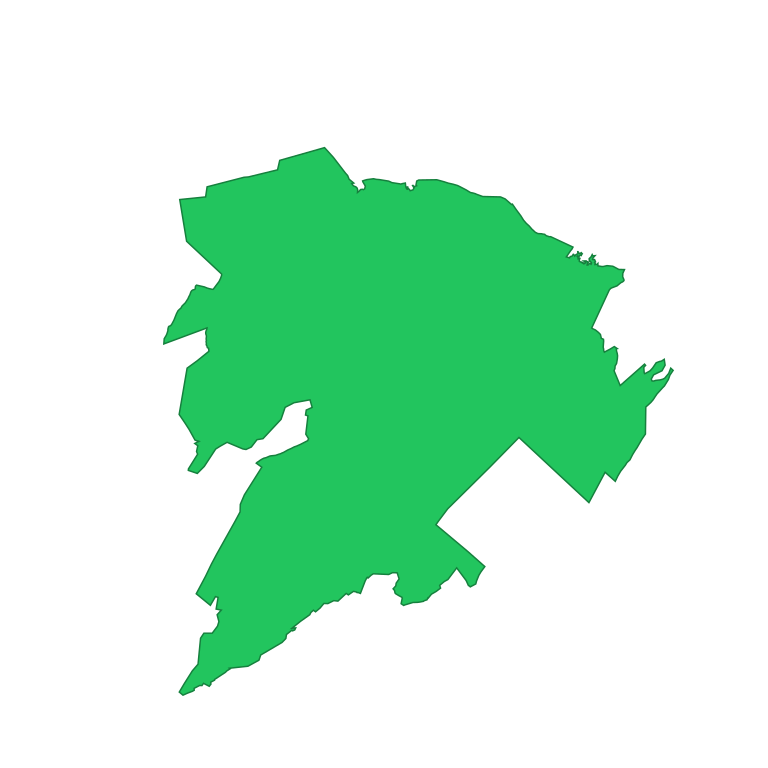 San Lucas Ojitlán, Oaxaca, Mexico, rotated 74°
{"feature_id": "50627088B65217892760777", "entity_name": "San Lucas Ojitlán", "entity_type": "district", "adm_level": 2, "iso_a3": "MEX", "parent_name": "Mexico", "parent_adm1": "Oaxaca", "projection": "robinson", "projection_center": [-96.36, 18.035], "detail": "fine", "context": "isolated", "style": "filled", "palette": "green", "viewbox_px": 768, "rotation_deg": 74, "n_neighbors": 0, "source": "geoboundaries", "source_scale": "gbopen_adm2", "svg_char_len": 6158}
<svg xmlns="http://www.w3.org/2000/svg" viewBox="0 0 768 768"><g transform="rotate(74 384 384)"><path d="M623.7,665.7L627.7,663.0L627.0,658.1L626.6,653.0L626.1,650.9L624.2,650.4L623.0,644.4L623.7,642.1L622.0,640.0L626.4,635.3L624.8,633.1L622.9,632.8L622.0,628.5L621.3,628.3L617.4,615.8L616.5,614.3L615.4,610.5L614.6,611.0L617.8,592.6L615.0,580.3L610.5,577.2L604.3,553.2L601.6,548.5L597.9,546.8L595.3,540.4L596.1,539.9L595.8,537.6L594.1,536.1L593.4,539.8L589.2,529.9L585.3,518.9L583.5,517.3L582.0,514.2L584.1,512.6L581.8,507.3L578.4,502.3L579.6,498.5L578.4,492.0L580.0,488.1L574.9,478.1L576.9,476.4L574.9,470.5L576.4,467.7L577.0,467.5L577.5,466.1L578.8,464.4L568.3,456.5L565.6,454.0L565.2,453.4L566.1,452.8L564.2,449.0L563.5,446.6L568.4,432.0L567.7,427.9L569.1,423.4L575.5,423.2L578.8,427.2L581.3,428.3L583.4,431.7L585.4,430.8L587.9,431.0L588.7,430.7L591.3,428.3L593.9,425.6L594.9,425.5L599.9,428.1L602.3,426.1L602.1,425.0L602.0,416.4L603.1,412.1L603.5,409.5L603.8,405.9L603.4,405.1L603.3,402.2L601.7,400.7L602.0,400.5L599.1,396.3L597.8,391.1L595.8,385.9L592.9,386.0L590.5,380.5L589.6,376.5L580.8,364.8L595.6,359.2L601.0,358.4L601.8,357.5L602.8,357.0L601.5,350.9L598.8,349.3L594.0,345.5L591.3,342.6L587.3,337.4L568.0,349.7L533.6,372.9L530.7,369.3L521.5,357.1L492.9,304.8L472.6,269.0L554.5,219.7L529.8,195.8L541.3,188.5L536.9,184.6L533.1,180.6L528.6,174.4L526.5,172.1L524.7,168.5L520.4,164.5L516.9,160.7L515.1,158.5L508.0,151.1L504.2,146.5L478.3,138.7L475.3,132.6L473.4,129.7L470.7,126.6L468.8,124.3L464.4,117.2L463.2,115.0L458.1,109.4L454.3,106.7L450.6,102.3L447.8,104.0L452.3,107.4L455.8,112.6L456.2,114.5L456.2,117.2L455.4,122.1L455.5,123.3L455.4,124.4L454.8,125.6L452.9,125.7L449.5,122.3L447.9,113.1L443.4,108.6L437.5,107.8L438.5,111.1L438.3,112.6L438.6,116.5L442.6,121.3L444.0,123.5L444.8,125.0L445.8,129.5L445.9,130.6L444.9,130.8L439.6,129.7L438.2,127.4L436.7,128.1L450.6,157.4L434.6,159.2L432.9,157.8L430.4,156.9L428.4,154.8L424.0,152.7L421.3,151.7L419.1,151.4L416.5,151.4L414.1,151.0L414.2,150.1L411.5,152.3L412.8,157.1L414.1,163.4L412.6,163.6L410.7,163.2L409.2,163.2L403.2,161.0L401.5,160.7L400.0,162.5L396.0,162.3L393.6,163.6L390.3,165.9L388.7,167.8L387.4,168.9L355.7,141.5L354.7,139.9L354.4,138.8L353.9,132.9L351.9,128.4L351.6,126.5L351.1,125.4L350.7,124.8L349.7,124.6L346.9,125.0L346.1,124.8L343.4,123.9L340.3,121.3L338.6,126.7L334.2,131.2L333.7,132.0L331.7,137.0L331.5,140.6L331.2,142.0L329.4,145.8L327.1,145.2L327.7,146.2L327.3,148.2L326.7,147.7L325.2,148.1L324.9,147.0L322.4,147.3L322.2,148.0L322.2,148.8L321.7,149.2L320.3,148.2L318.8,145.8L318.4,147.9L317.0,148.2L318.9,150.0L320.0,152.2L321.6,152.6L324.6,151.1L325.6,151.5L326.0,152.0L325.0,152.6L325.0,153.9L325.3,154.6L325.9,155.2L325.5,156.0L324.6,155.2L324.0,155.2L323.7,155.0L323.2,153.7L322.3,155.1L321.4,155.7L320.8,158.1L322.5,156.7L323.0,156.9L323.4,157.6L323.1,158.4L322.1,159.5L322.9,159.4L321.0,161.2L320.0,162.4L318.6,162.1L317.2,161.0L316.9,161.2L316.8,161.9L317.2,162.7L317.2,162.9L315.3,162.5L314.7,163.2L314.4,163.1L314.2,162.5L314.9,161.9L315.2,161.4L314.3,160.3L314.9,158.9L313.9,158.5L313.7,157.8L313.5,157.5L312.1,158.2L312.6,159.4L312.2,160.4L310.3,161.0L310.2,161.3L311.0,161.5L311.8,161.2L312.2,161.6L312.3,162.7L312.7,164.1L313.6,165.4L311.8,165.9L311.5,166.3L312.7,167.7L313.0,168.4L312.8,169.8L313.9,170.9L312.1,173.7L307.4,168.0L306.2,166.2L304.5,164.6L288.3,183.2L287.8,184.9L287.1,185.7L286.4,186.9L285.2,187.9L284.5,188.2L284.0,189.1L283.7,190.0L283.1,190.9L282.0,194.1L281.6,194.9L280.6,195.9L280.1,196.6L276.9,198.5L276.4,198.9L272.1,200.9L268.7,203.0L265.0,204.7L260.1,206.1L253.0,208.8L246.5,211.0L246.7,211.7L245.6,212.6L239.5,216.5L236.3,220.4L231.0,237.4L227.1,242.8L226.2,243.8L224.9,245.9L224.0,247.7L223.4,248.5L220.1,251.5L214.8,257.1L213.4,258.7L211.0,262.5L208.6,266.9L206.1,270.6L202.2,277.0L197.5,294.4L197.9,296.6L201.3,298.3L202.4,298.0L202.5,300.9L201.1,301.4L201.1,301.8L203.1,301.3L203.5,300.8L205.4,302.7L205.4,305.6L204.7,305.7L202.0,307.0L201.1,306.9L201.0,307.3L201.9,307.6L202.9,307.1L203.3,307.8L203.1,308.2L201.9,308.6L200.3,308.7L196.7,308.1L196.4,311.3L196.5,312.8L196.0,313.5L192.6,320.9L190.3,323.5L186.2,332.2L185.1,335.1L183.8,337.5L182.8,344.1L182.8,347.0L182.9,348.6L183.8,348.6L188.6,347.4L191.1,348.8L191.5,350.3L190.9,351.0L190.6,352.9L191.8,354.7L192.6,356.7L190.2,355.8L188.3,355.8L186.7,356.7L185.1,358.8L182.4,359.8L182.5,357.7L177.5,361.1L173.6,361.5L170.7,362.9L152.2,370.2L140.4,376.0L140.3,422.6L148.8,427.3L147.6,457.2L146.7,461.6L145.7,499.7L155.0,503.9L150.4,529.5L192.4,534.4L233.5,509.8L234.7,510.1L237.3,511.9L240.0,514.3L245.9,522.1L245.6,523.1L244.4,525.3L243.2,527.3L241.1,530.0L237.8,536.0L237.3,537.0L237.9,538.1L238.9,538.7L240.2,539.0L240.9,539.8L240.9,542.0L241.4,543.3L242.4,544.4L244.6,545.9L247.0,548.2L247.6,548.5L251.2,552.6L253.3,556.5L255.2,558.5L255.7,559.8L256.8,561.8L259.1,564.0L264.8,568.4L268.0,571.5L269.1,573.0L269.3,574.9L269.8,575.5L271.7,576.6L273.1,577.0L275.7,578.7L277.2,579.9L279.9,582.8L284.8,584.6L281.3,538.7L282.7,539.3L283.4,540.0L285.1,541.1L286.7,541.5L288.2,541.4L289.4,541.6L291.8,542.6L293.0,542.6L293.8,543.2L296.7,543.7L297.3,544.1L298.6,543.7L300.3,543.8L301.3,542.8L304.3,543.3L310.2,557.2L314.5,568.9L356.8,589.3L365.6,586.4L373.8,583.9L385.9,581.1L388.1,577.7L389.0,582.3L392.0,580.0L397.2,582.8L400.1,582.5L411.7,595.4L413.1,595.9L418.5,588.1L413.7,579.5L400.1,563.7L398.6,558.5L396.8,550.9L407.5,537.6L408.9,534.7L408.0,528.9L402.5,521.4L403.2,515.4L389.6,492.7L379.2,485.5L377.2,475.7L378.8,459.5L386.7,459.5L387.6,465.9L392.2,468.0L393.7,465.9L410.7,473.0L415.7,471.6L417.4,472.9L419.0,480.9L419.6,485.3L419.7,487.6L420.4,491.0L420.9,494.7L422.1,499.6L422.2,501.1L422.5,502.6L422.5,504.8L422.7,507.9L421.9,512.4L421.8,513.7L422.3,517.7L422.2,519.9L422.6,522.1L423.2,524.2L424.0,526.3L424.2,527.3L424.9,528.6L430.3,524.4L452.0,548.7L460.1,555.3L467.3,557.6L475.0,565.1L501.2,591.5L509.6,599.6L519.5,608.4L533.9,622.3L548.9,611.9L541.9,604.6L543.4,602.3L554.1,607.4L556.5,602.7L559.8,608.0L566.9,608.2L570.9,610.8L576.2,617.8L573.9,625.8L577.8,630.4L602.1,640.0L606.9,647.3L617.1,658.7L623.7,665.7Z" fill="#22c55e" stroke="#15803d" stroke-width="1.5"/></g></svg>